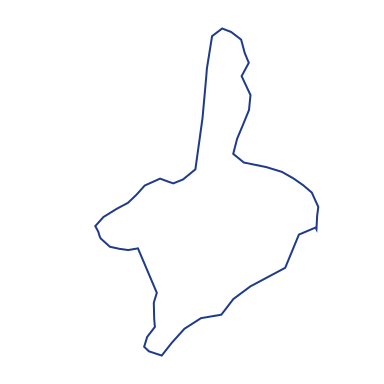 Gimpo-si, Gyeonggi, South Korea, rotated 242°
{"feature_id": "91817680B93241302453804", "entity_name": "Gimpo-si", "entity_type": "district", "adm_level": 2, "iso_a3": "KOR", "parent_name": "South Korea", "parent_adm1": "Gyeonggi", "projection": "mercator", "projection_center": [126.643, 37.677], "detail": "fine", "context": "isolated", "style": "outline", "palette": "blue", "viewbox_px": 384, "rotation_deg": 242, "n_neighbors": 0, "source": "geoboundaries", "source_scale": "gbopen_adm2", "svg_char_len": 932}
<svg xmlns="http://www.w3.org/2000/svg" viewBox="0 0 384 384"><g transform="rotate(242 192 192)"><path d="M100.7,284.4L112.2,291.3L119.5,296.5L121.2,296.6L135.2,297.5L145.7,293.4L156.1,288.1L167.6,280.8L179.1,269.3L193.7,251.6L206.3,246.3L217.8,256.8L227.2,268.3L237.6,280.8L250.2,289.2L250.9,289.2L271.0,290.2L279.4,302.8L289.9,303.8L303.4,306.9L305.3,306.1L314.9,301.7L322.2,295.4L320.7,286.1L320.2,282.9L294.0,263.1L285.7,257.8L252.2,235.9L210.4,205.6L207.3,189.9L208.4,179.5L212.5,175.7L218.8,170.1L219.9,153.3L215.7,141.8L212.5,130.4L212.5,117.8L211.5,102.1L207.3,90.6L202.1,90.6L201.0,90.6L195.8,89.6L193.7,89.6L182.2,93.8L176.0,101.1L170.7,108.4L167.6,117.8L119.5,113.6L112.2,106.3L97.6,99.0L90.3,95.9L85.1,84.4L77.8,77.1L71.5,79.2L61.8,88.5L68.3,103.2L74.8,121.1L76.4,140.7L69.9,160.3L78.1,178.3L81.3,199.5L81.3,220.7L81.3,238.7L104.2,266.4L102.6,284.4L100.7,284.4Z" fill="none" stroke="#1e3a8a" stroke-width="2"/></g></svg>